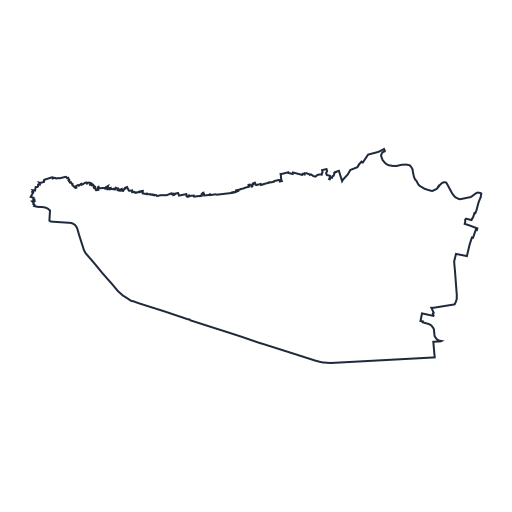 Sector 3, Bucharest, Romania
{"feature_id": "2599482B73874901058237", "entity_name": "Sector 3", "entity_type": "district", "adm_level": 2, "iso_a3": "ROU", "parent_name": "Romania", "parent_adm1": "Bucharest", "projection": "natural_earth1", "projection_center": [26.157, 44.418], "detail": "fine", "context": "isolated", "style": "outline", "palette": "slate", "viewbox_px": 512, "rotation_deg": 0, "n_neighbors": 0, "source": "geoboundaries", "source_scale": "gbopen_adm2", "svg_char_len": 5924}
<svg xmlns="http://www.w3.org/2000/svg" viewBox="0 0 512 512"><path d="M481.3,193.5L480.1,192.9L477.4,192.6L476.1,193.2L471.3,196.7L470.5,197.1L460.2,199.2L458.8,199.0L455.4,197.3L454.0,195.9L452.1,193.3L446.7,183.3L446.1,182.6L445.0,182.2L443.0,182.5L441.8,183.2L439.7,185.2L439.1,185.4L438.3,186.5L438.6,186.7L436.7,188.9L434.9,189.8L432.6,190.9L431.0,190.8L424.6,188.8L419.6,185.8L418.3,184.4L416.4,180.8L415.0,179.4L413.9,176.6L412.8,171.6L412.7,170.1L412.2,168.6L410.7,166.3L409.7,165.3L407.1,164.7L405.2,164.6L401.5,164.8L396.4,166.0L392.6,165.9L388.5,165.2L386.6,164.2L385.0,162.9L382.7,160.2L381.8,158.0L381.1,155.7L381.1,155.1L381.8,153.5L382.2,152.8L383.2,152.0L384.7,151.3L384.9,151.0L384.0,149.0L380.4,151.0L378.0,152.0L368.1,154.6L362.8,162.5L361.5,161.6L360.7,162.4L360.9,162.6L359.1,164.1L358.6,164.9L358.8,165.0L357.4,167.2L350.3,170.0L347.8,174.4L343.5,179.1L343.3,179.1L342.1,181.2L338.9,170.8L335.4,172.0L335.6,172.3L334.2,172.9L334.3,173.7L333.7,175.7L332.5,176.2L332.0,177.8L330.8,177.4L329.7,179.4L329.1,179.1L329.7,177.8L330.1,176.1L330.0,175.8L326.8,175.0L326.1,173.2L327.1,171.1L326.5,169.1L322.1,170.1L322.5,172.3L322.2,172.6L321.7,174.7L320.5,174.4L317.4,174.9L315.9,176.3L315.3,176.6L313.4,176.1L311.0,174.4L309.8,174.9L309.5,174.4L306.6,173.2L305.8,173.4L304.6,173.2L304.5,174.5L302.5,173.9L302.1,174.9L293.0,172.5L292.7,174.0L287.4,172.7L287.5,172.5L282.4,173.8L280.6,174.0L281.0,176.5L280.9,177.4L281.1,178.7L281.8,181.1L279.8,181.5L279.4,180.1L278.6,180.0L274.1,181.1L273.9,181.3L273.9,181.7L273.6,181.8L271.0,182.4L270.2,182.2L269.0,182.4L269.1,182.7L268.5,182.9L263.7,184.0L263.7,184.3L261.0,185.0L260.7,183.9L256.9,185.0L256.8,184.7L255.5,184.8L254.9,182.7L252.9,183.5L253.1,184.3L252.3,184.6L252.4,186.2L252.0,186.3L252.0,186.5L251.6,186.6L251.3,185.3L250.8,185.2L249.8,185.4L249.6,184.6L248.5,184.9L248.9,186.7L245.2,187.7L243.4,188.5L240.4,189.1L240.0,189.3L239.9,189.6L238.0,190.1L238.2,191.0L237.5,191.2L237.2,190.1L236.2,190.2L236.1,190.4L236.3,191.4L235.5,191.7L235.6,192.1L233.5,192.6L233.4,192.1L232.1,192.4L232.2,192.9L216.9,194.7L215.6,194.3L210.1,195.1L209.9,194.3L209.5,194.5L209.6,194.9L204.2,195.5L204.0,194.0L203.7,194.0L203.4,192.7L203.1,192.8L203.2,193.5L202.3,193.6L202.4,194.4L201.6,194.5L201.8,195.7L201.2,196.0L200.5,196.1L200.5,195.9L194.0,196.6L193.8,195.6L189.9,195.9L189.0,195.9L188.9,195.4L188.6,195.5L188.6,196.7L187.3,196.8L186.5,196.1L186.3,194.1L179.0,195.6L178.1,193.0L175.0,193.7L175.1,194.1L173.8,194.3L174.0,194.9L173.2,195.1L172.8,193.6L171.5,194.1L171.3,193.6L171.1,193.7L171.2,194.1L170.9,193.5L166.7,195.2L160.8,195.2L156.9,196.0L156.0,195.1L155.7,195.0L154.0,194.9L153.9,195.3L153.5,195.2L153.6,194.7L152.2,194.4L151.7,194.4L151.6,194.7L150.5,194.7L150.2,194.2L147.0,194.2L146.8,193.6L146.1,194.0L142.7,193.4L142.8,190.9L141.0,191.2L141.2,191.8L140.1,191.9L139.7,191.6L139.1,191.7L139.2,192.2L136.1,192.4L136.1,192.8L135.3,192.9L134.4,191.9L133.7,192.1L133.1,192.0L133.1,191.8L132.9,191.7L132.6,191.7L132.5,192.1L132.1,192.1L132.1,190.4L129.5,190.8L128.8,190.6L127.1,187.0L125.1,187.8L125.4,188.6L124.6,188.9L123.4,189.4L123.5,189.8L123.2,189.8L123.2,190.3L122.9,190.3L122.9,190.8L122.5,190.7L122.5,190.0L122.0,190.1L122.0,190.7L121.5,190.6L121.5,189.2L121.2,189.4L119.9,189.4L119.7,190.7L117.7,190.2L117.9,188.4L116.9,188.3L115.7,187.8L115.4,189.4L114.8,189.3L114.4,189.1L114.4,188.9L114.0,188.8L113.9,189.3L111.6,189.0L111.2,188.6L110.7,188.6L110.6,188.9L110.2,188.8L110.4,187.9L109.8,188.0L109.5,189.3L108.2,188.9L108.1,189.2L107.6,189.2L107.8,188.2L107.6,187.8L108.1,186.0L106.8,186.8L106.3,186.9L106.3,188.7L105.2,188.7L105.1,187.9L99.0,188.3L98.6,186.8L97.9,187.2L98.3,189.9L96.4,190.2L96.3,189.5L95.7,189.6L95.3,187.8L94.2,188.1L94.1,187.6L93.9,187.3L94.3,187.0L94.0,186.6L94.5,186.3L94.2,186.0L93.1,184.9L92.0,185.4L91.7,184.9L92.5,184.3L91.6,183.6L91.0,184.3L90.1,184.9L89.9,184.6L90.8,183.2L89.7,182.7L88.0,182.6L87.0,183.6L86.2,182.5L85.3,182.7L81.9,184.7L81.4,183.8L80.9,184.0L80.7,184.5L79.3,185.0L79.0,184.5L79.4,185.3L78.9,185.7L78.1,185.0L75.8,186.2L76.4,187.6L75.7,188.0L74.9,187.5L72.3,185.0L72.6,184.2L72.1,184.0L70.9,182.2L70.1,182.7L68.5,180.4L69.3,179.9L68.6,179.1L68.2,177.8L67.0,178.1L66.5,177.3L65.8,176.8L59.5,178.3L58.2,178.1L56.1,178.5L55.5,178.0L54.6,177.9L53.9,178.1L53.7,177.7L53.3,177.7L53.5,178.2L52.6,178.5L52.0,177.3L44.5,179.7L44.4,180.2L43.9,180.3L44.0,181.8L43.9,182.0L40.1,182.9L39.1,182.6L39.6,183.5L39.9,184.6L38.1,184.7L38.1,186.3L37.6,186.9L35.6,187.1L35.1,190.5L32.9,190.2L33.4,190.8L33.3,191.3L32.4,191.4L32.1,191.9L32.3,192.3L33.1,192.7L30.7,196.9L33.6,197.8L33.3,199.3L34.3,199.5L34.1,199.9L34.4,200.5L34.0,200.4L33.8,201.6L33.1,201.8L32.6,201.2L32.1,201.3L33.7,203.1L33.3,204.1L34.6,205.1L34.1,206.0L37.2,206.8L43.0,207.1L45.8,207.7L47.9,208.7L50.0,210.5L49.4,220.6L49.8,221.0L51.1,221.6L70.8,222.9L72.9,223.6L74.9,224.9L76.2,226.4L77.2,228.4L79.1,235.0L83.2,247.8L84.0,250.2L85.6,253.2L94.0,262.9L102.6,273.4L112.6,284.7L117.8,291.0L122.7,295.4L129.5,299.7L129.6,300.0L132.1,301.2L132.9,301.1L138.9,303.3L165.1,311.6L188.2,319.4L188.9,319.3L189.7,319.6L190.3,320.3L240.8,336.5L260.5,343.3L260.6,343.2L315.6,360.7L320.5,362.0L323.2,362.5L330.8,363.0L434.7,357.4L433.3,341.8L440.5,341.4L441.4,341.0L439.2,340.6L437.2,339.6L435.7,337.9L434.7,336.2L434.5,335.3L433.9,329.5L433.4,328.2L431.3,325.4L429.0,324.1L422.7,322.3L422.8,321.4L420.5,321.0L422.0,313.4L433.4,315.9L433.6,315.4L433.0,314.6L432.8,313.7L433.1,313.2L433.7,312.8L431.4,307.8L433.4,307.8L454.6,304.4L455.9,301.7L456.7,299.0L456.8,295.2L455.0,271.3L454.3,263.9L454.2,261.1L456.0,253.9L466.9,256.1L469.6,244.6L471.9,237.5L473.0,237.8L475.8,229.8L476.9,230.1L477.4,228.4L469.1,225.3L464.7,223.9L465.3,221.5L465.1,220.1L465.7,218.9L466.1,218.7L471.5,220.1L472.1,218.6L472.3,218.6L473.1,217.2L474.5,213.0L475.3,213.2L476.4,210.5L478.5,202.6L480.3,198.0L480.8,197.3L480.7,196.9L481.3,193.5Z" fill="none" stroke="#1e293b" stroke-width="2"/></svg>